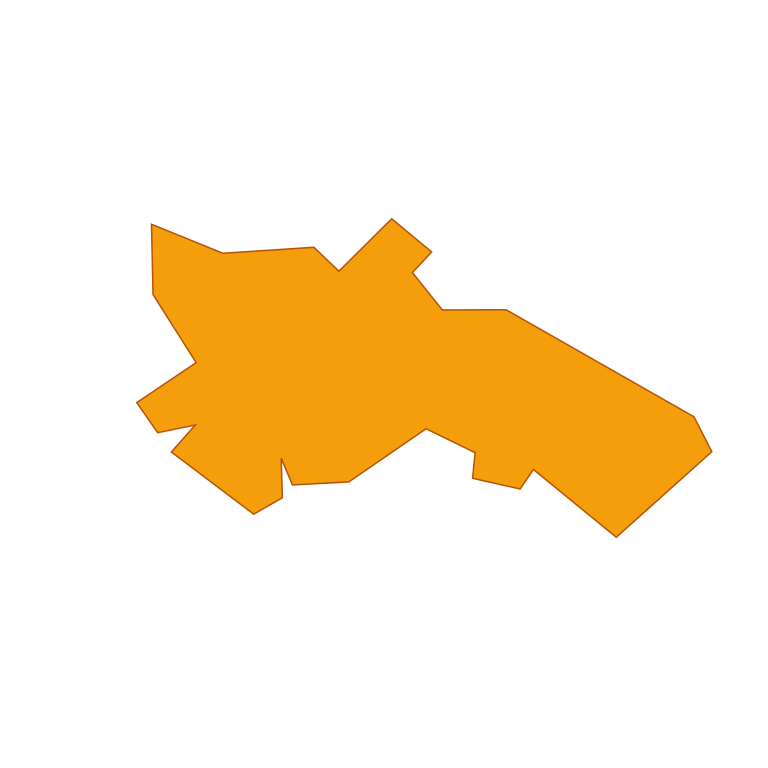 Shuto Orizari, Čučer Sandevo, North Macedonia (Mercator projection), rotated 316°
{"feature_id": "65306769B24962411373352", "entity_name": "Shuto Orizari", "entity_type": "district", "adm_level": 2, "iso_a3": "MKD", "parent_name": "North Macedonia", "parent_adm1": "Čučer Sandevo", "projection": "mercator", "projection_center": [21.412, 42.049], "detail": "fine", "context": "isolated", "style": "filled", "palette": "amber", "viewbox_px": 768, "rotation_deg": 316, "n_neighbors": 0, "source": "geoboundaries", "source_scale": "gbopen_adm2", "svg_char_len": 519}
<svg xmlns="http://www.w3.org/2000/svg" viewBox="0 0 768 768"><g transform="rotate(316 384 384)"><path d="M523.4,415.4L477.4,371.3L481.8,323.6L510.0,322.1L504.3,270.5L429.9,271.5L428.5,236.9L358.9,178.0L327.7,107.6L280.0,159.2L263.7,238.1L193.2,225.6L187.4,261.8L219.7,282.4L183.8,285.2L199.8,387.1L231.9,395.2L258.5,366.0L248.0,393.0L290.7,430.0L383.2,445.4L401.8,496.7L382.2,513.4L409.0,554.1L432.1,549.3L444.6,655.6L572.8,660.4L584.2,623.0L523.4,415.4Z" fill="#f59e0b" stroke="#b45309" stroke-width="1.5"/></g></svg>